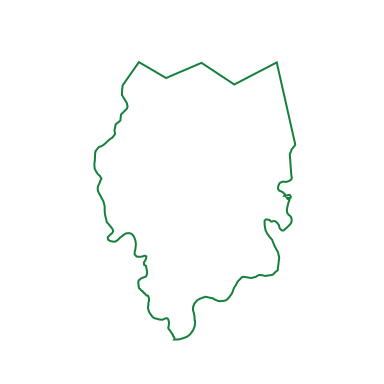 Girard/Babonneau, Castries, Saint Lucia (Mercator projection), rotated 195°
{"feature_id": "8701671B73614942856081", "entity_name": "Girard/Babonneau", "entity_type": "district", "adm_level": 2, "iso_a3": "LCA", "parent_name": "Saint Lucia", "parent_adm1": "Castries", "projection": "mercator", "projection_center": [-60.96, 14.001], "detail": "fine", "context": "isolated", "style": "outline", "palette": "green", "viewbox_px": 384, "rotation_deg": 195, "n_neighbors": 0, "source": "geoboundaries", "source_scale": "gbopen_adm2", "svg_char_len": 5827}
<svg xmlns="http://www.w3.org/2000/svg" viewBox="0 0 384 384"><g transform="rotate(195 192 192)"><path d="M284.1,171.2L283.1,168.6L281.5,166.7L279.3,164.5L277.7,162.7L275.2,160.1L272.9,156.1L271.0,149.7L269.9,147.2L266.6,141.0L263.0,138.5L261.0,137.1L259.0,135.4L258.0,133.7L258.3,132.0L260.1,129.2L261.7,126.5L260.7,124.3L258.5,123.5L257.8,123.5L255.0,123.7L253.4,124.1L251.2,126.5L249.9,129.0L245.8,134.3L244.5,135.2L242.1,136.0L240.0,136.0L238.7,135.5L236.8,134.1L235.5,132.5L234.2,130.6L233.4,129.0L232.6,126.7L232.3,124.9L231.9,122.2L231.9,119.7L231.3,116.9L229.7,115.9L228.8,115.3L225.9,115.8L223.5,116.7L221.1,118.3L219.4,117.9L219.2,114.9L220.2,111.5L219.3,109.1L217.5,108.8L217.3,108.7L217.1,107.9L216.8,107.7L216.6,107.3L216.6,107.1L216.4,106.7L216.3,106.4L216.1,106.0L215.6,105.4L215.5,105.0L215.4,104.7L214.7,103.2L214.5,102.4L214.4,102.0L214.3,101.3L214.3,100.6L214.3,100.2L214.5,98.8L214.7,98.5L215.1,98.1L216.4,97.2L217.3,96.5L217.8,96.2L218.2,95.9L218.7,95.5L219.1,95.0L219.6,94.1L219.8,93.8L220.4,93.3L220.5,92.5L220.7,92.1L220.6,91.4L220.6,91.1L220.3,90.4L220.3,89.9L220.1,89.4L219.7,88.9L219.6,88.2L219.3,87.8L219.2,87.3L218.9,86.9L218.8,86.5L218.7,86.1L218.4,85.7L218.1,85.3L218.0,85.2L217.4,84.9L216.8,84.8L216.3,84.4L216.2,84.2L215.8,83.9L214.4,83.3L214.1,83.4L212.9,82.4L212.5,82.1L212.0,82.1L211.9,81.9L211.4,81.7L210.9,81.3L210.6,81.1L210.3,80.9L210.0,80.8L209.6,80.7L209.3,80.4L209.0,80.4L208.5,80.3L208.2,80.4L208.1,80.2L207.6,80.3L207.4,80.2L207.1,79.8L207.0,79.6L206.9,79.4L206.5,78.9L206.0,78.1L206.0,77.7L205.7,77.4L205.6,77.0L205.6,76.7L205.5,76.1L205.5,75.7L205.4,75.2L205.4,74.2L205.4,73.2L205.2,72.7L204.9,71.7L204.8,71.4L204.9,70.9L204.9,70.6L204.9,70.3L204.8,69.7L204.6,69.0L204.4,68.3L204.0,67.6L203.8,67.2L202.5,65.3L202.3,65.0L202.0,64.8L201.7,64.5L201.6,64.3L201.2,63.9L200.9,63.7L200.1,63.0L199.7,62.7L199.2,62.2L198.8,61.9L198.6,61.7L198.3,61.6L198.0,61.3L197.5,61.0L196.9,60.8L196.6,60.6L196.1,60.6L195.4,60.4L194.8,60.4L194.4,60.4L193.9,60.5L193.6,60.4L193.0,60.5L192.5,60.5L191.9,60.3L191.3,60.4L190.4,60.5L190.2,60.4L189.8,60.5L189.4,60.7L188.5,60.7L188.1,60.9L187.7,60.9L187.3,61.2L187.0,61.4L186.5,61.7L186.1,62.1L185.7,62.4L185.5,62.6L185.3,62.8L184.9,62.9L184.7,63.1L184.5,63.3L184.1,63.5L183.6,63.6L183.2,63.4L182.5,63.1L182.3,63.1L181.8,62.5L181.7,62.3L181.5,62.0L180.9,61.0L180.6,60.6L180.5,60.1L180.4,59.5L180.4,59.3L180.1,58.9L180.1,58.0L180.0,57.5L179.9,56.9L179.8,56.2L179.8,55.7L179.8,55.4L179.9,55.1L179.6,54.5L179.5,54.1L179.3,53.9L178.8,53.5L176.5,51.7L173.3,48.8L173.2,48.3L172.1,47.5L170.6,45.4L170.8,44.9L169.6,45.3L168.7,45.6L167.8,45.7L167.5,46.0L166.9,46.2L166.6,46.3L166.3,46.3L165.7,46.6L165.2,46.9L164.4,47.5L163.4,48.0L162.6,48.6L162.0,49.0L161.2,49.6L160.4,50.1L159.7,50.5L159.4,51.0L158.8,51.6L157.6,53.1L157.0,54.0L156.9,54.4L156.5,55.3L156.2,56.0L156.0,56.4L155.8,57.2L155.6,57.6L155.3,58.4L155.1,59.3L155.1,59.7L155.0,60.2L154.9,61.4L154.8,62.1L154.8,62.8L154.7,63.9L154.9,64.3L155.0,64.8L154.9,65.7L155.1,66.1L155.3,66.9L155.4,67.2L155.9,68.5L156.3,68.9L156.3,69.1L156.5,69.7L157.0,71.2L157.2,71.8L157.3,72.4L157.7,73.2L157.8,73.4L158.6,74.8L158.8,75.2L158.8,75.5L159.2,76.1L159.6,76.6L160.4,78.1L160.6,78.6L160.8,79.7L161.1,80.3L161.1,81.3L161.2,81.8L160.9,82.5L161.1,82.8L160.9,83.7L160.8,84.9L160.4,85.7L160.0,86.6L159.6,87.4L159.4,88.0L159.2,88.2L159.1,88.5L158.9,88.8L158.4,89.3L157.4,90.3L156.8,91.0L156.0,91.3L155.4,92.0L155.1,92.2L154.5,92.7L153.6,93.0L153.1,93.5L152.2,94.2L151.0,94.4L150.0,94.4L149.2,94.4L148.5,94.5L147.9,94.5L146.9,94.4L146.2,94.6L145.7,94.7L144.8,94.6L144.0,94.7L143.7,94.5L143.0,94.2L142.1,94.0L141.3,93.9L140.5,93.8L139.7,93.7L139.1,93.6L137.0,93.7L136.1,93.9L135.3,94.4L134.6,94.5L133.1,95.1L132.3,95.5L131.8,95.8L131.3,96.2L130.9,96.4L130.4,97.1L130.3,97.5L130.0,97.7L129.7,98.5L129.2,99.4L128.8,100.1L128.6,100.6L128.1,102.0L127.8,102.6L127.5,103.5L127.3,104.1L127.1,105.2L126.9,106.3L126.9,106.6L126.9,107.7L126.4,111.2L125.5,113.4L125.1,116.0L124.6,117.5L121.7,122.7L120.0,123.5L112.7,124.2L108.6,126.4L105.8,129.2L102.6,129.8L99.5,129.9L97.0,131.0L93.3,132.6L92.4,133.2L90.5,136.7L89.0,138.5L90.8,151.4L93.4,156.1L98.2,161.1L102.3,166.6L106.1,169.2L109.2,171.9L111.0,174.0L113.2,178.6L114.5,183.2L113.4,184.7L112.7,184.9L110.4,185.0L109.6,184.9L108.8,184.3L107.8,183.9L107.6,183.9L107.3,184.0L106.4,184.7L105.5,185.1L104.6,185.3L103.8,185.2L103.2,185.0L102.2,184.4L101.2,183.9L100.1,183.0L99.5,182.5L99.1,181.8L98.9,181.5L98.6,180.7L97.8,179.6L96.9,178.9L95.9,178.5L95.1,178.1L94.6,178.2L94.1,178.3L93.7,178.6L93.2,179.1L92.5,180.1L92.0,181.0L91.1,182.2L90.7,183.0L90.2,183.8L89.7,184.7L88.9,186.1L88.6,186.9L88.3,187.8L88.2,188.7L88.3,190.0L88.6,191.0L89.0,192.1L89.9,193.4L90.5,193.9L91.3,194.3L92.3,194.8L93.2,195.3L93.9,195.8L94.3,196.3L94.8,196.9L95.3,197.9L95.6,198.8L95.9,200.1L96.0,202.4L96.0,203.2L96.0,204.6L96.1,205.7L96.1,206.7L96.1,207.2L95.9,208.1L95.7,209.5L98.0,210.1L98.8,210.8L96.7,211.4L95.3,211.8L95.4,213.2L97.0,214.5L98.5,213.9L100.8,212.3L101.9,212.1L101.6,212.9L101.6,213.9L104.1,215.2L105.7,215.6L108.0,215.9L109.6,217.1L110.1,218.7L110.1,221.6L109.4,223.6L107.1,225.5L105.1,225.8L103.5,226.2L101.0,227.8L99.5,229.5L99.2,231.4L100.0,233.0L101.2,236.2L107.4,254.0L106.8,256.8L106.8,258.7L106.4,259.8L104.8,263.3L104.6,264.7L143.7,339.1L179.0,306.8L216.3,319.2L237.3,302.7L246.5,295.4L276.9,303.7L286.6,277.0L285.9,272.5L284.8,267.6L278.1,261.2L276.3,257.7L276.5,255.6L280.6,248.5L279.7,242.4L283.2,237.7L282.9,231.6L281.3,228.1L282.9,224.1L285.4,221.3L288.9,215.6L290.9,213.3L293.7,211.2L295.0,208.3L295.8,206.4L295.5,206.0L295.7,205.4L295.6,204.5L295.3,203.0L294.7,200.2L294.1,197.7L293.5,193.4L292.9,191.7L292.1,189.4L290.1,187.2L287.8,185.1L285.2,183.7L284.6,183.1L282.9,181.4L283.3,179.9L283.6,177.1L284.2,173.3L284.1,171.2Z" fill="none" stroke="#15803d" stroke-width="2"/></g></svg>